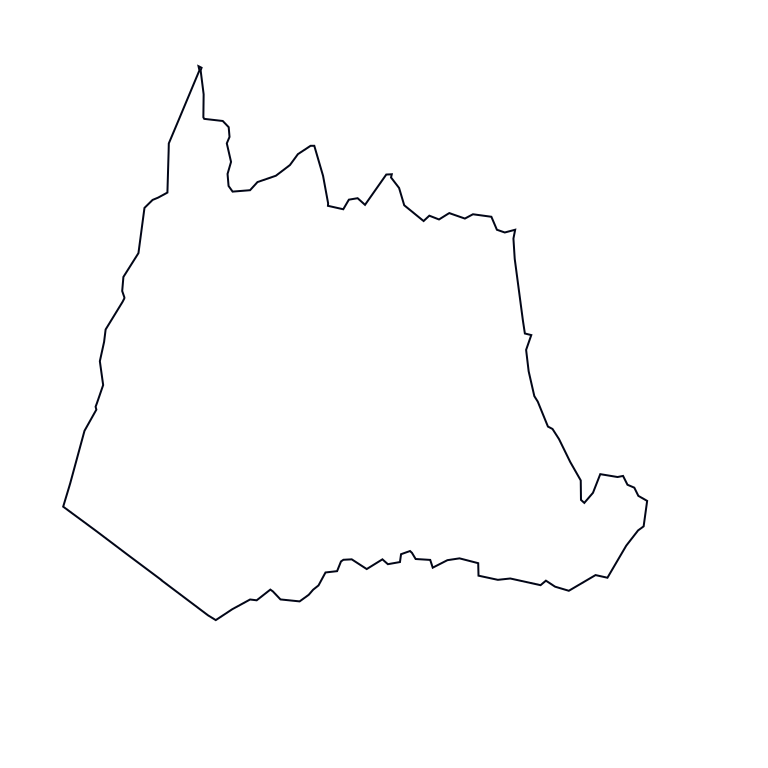 Toa Alta, Puerto Rico (Equal Earth projection), rotated 193°
{"feature_id": "32010507B81379947560815", "entity_name": "Toa Alta", "entity_type": "district", "adm_level": 2, "iso_a3": "PRI", "parent_name": "Puerto Rico", "parent_adm1": "", "projection": "equal_earth", "projection_center": [-66.251, 18.359], "detail": "fine", "context": "isolated", "style": "outline", "palette": "ink", "viewbox_px": 768, "rotation_deg": 193, "n_neighbors": 0, "source": "geoboundaries", "source_scale": "gbopen_adm2", "svg_char_len": 1845}
<svg xmlns="http://www.w3.org/2000/svg" viewBox="0 0 768 768"><g transform="rotate(193 384 384)"><path d="M171.7,225.0L157.4,224.1L134.9,245.4L122.7,245.5L111.6,281.0L103.5,298.5L99.0,303.7L101.3,329.3L111.0,332.2L116.8,339.3L124.1,340.6L130.4,348.2L135.5,345.9L153.0,344.8L155.9,325.0L162.1,313.2L166.0,315.4L170.6,334.3L185.0,349.9L201.1,369.7L209.7,378.1L214.7,379.4L230.2,401.4L234.8,406.0L245.9,428.9L253.2,449.2L251.5,464.8L258.1,464.9L262.9,477.0L284.8,535.4L290.6,554.8L290.9,563.8L300.4,558.8L308.7,559.7L317.0,571.1L335.5,569.4L342.4,563.4L358.9,565.2L367.4,556.7L377.7,558.2L382.1,551.7L404.5,562.7L413.4,578.4L423.6,586.8L423.6,590.1L428.9,588.6L442.8,554.3L451.5,559.1L459.7,555.7L463.0,545.1L478.7,545.0L479.1,547.5L490.2,573.1L505.5,600.4L509.1,599.6L519.6,588.6L524.9,576.2L536.2,562.6L552.7,552.3L558.1,542.7L574.8,537.4L580.0,542.0L583.7,553.5L583.0,566.0L591.3,583.1L590.1,590.0L593.1,599.3L600.3,604.0L618.8,601.9L620.0,603.2L624.9,625.7L633.2,648.3L632.9,651.1L636.2,651.9L634.4,648.1L643.5,594.8L647.8,570.0L646.2,562.3L638.1,521.8L646.0,514.8L650.9,511.3L657.0,501.7L652.7,456.3L662.0,429.7L660.0,415.7L656.4,409.9L656.3,408.9L657.2,405.3L667.5,374.5L666.2,362.0L666.0,342.3L663.6,336.0L657.4,319.8L659.4,300.8L659.9,297.0L658.5,294.3L665.3,271.0L667.4,216.8L667.6,213.5L669.0,192.3L632.0,176.3L594.6,159.6L556.7,142.9L556.7,142.7L503.4,119.0L494.8,116.1L481.1,130.5L466.0,143.9L459.4,144.6L448.5,158.1L445.6,156.9L436.4,150.8L417.3,153.2L409.9,161.7L406.8,167.6L402.5,173.0L398.6,187.2L387.6,191.1L386.0,201.4L384.0,203.6L376.0,205.9L359.2,199.8L346.1,212.8L339.7,209.3L328.4,214.1L329.1,222.0L321.1,227.1L318.8,225.8L313.8,220.6L299.4,223.0L295.2,216.0L282.6,226.6L271.2,231.1L251.9,230.6L248.8,218.5L229.0,218.8L217.2,222.9L186.2,223.2L182.0,228.8L171.7,225.0Z" fill="none" stroke="#020617" stroke-width="2"/></g></svg>